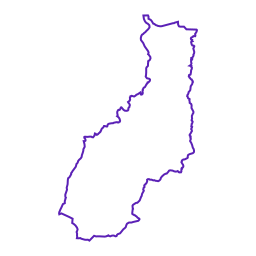 outline of Hueyapan, Puebla, Mexico
{"feature_id": "50627088B56291356806731", "entity_name": "Hueyapan", "entity_type": "district", "adm_level": 2, "iso_a3": "MEX", "parent_name": "Mexico", "parent_adm1": "Puebla", "projection": "robinson", "projection_center": [-97.395, 19.929], "detail": "fine", "context": "isolated", "style": "outline", "palette": "violet", "viewbox_px": 256, "rotation_deg": 0, "n_neighbors": 0, "source": "geoboundaries", "source_scale": "gbopen_adm2", "svg_char_len": 5820}
<svg xmlns="http://www.w3.org/2000/svg" viewBox="0 0 256 256"><path d="M143.4,15.5L143.9,18.9L144.6,20.5L145.1,21.5L146.3,22.9L147.8,23.7L149.3,25.2L149.5,26.5L149.5,27.4L148.2,29.2L146.2,31.1L145.3,32.2L144.2,32.9L143.2,34.0L142.1,34.6L141.4,35.7L140.9,37.5L140.8,38.8L141.0,40.1L143.2,43.0L144.7,46.4L148.1,51.2L148.6,52.6L148.1,54.2L148.5,54.4L150.3,56.9L150.5,58.3L149.9,59.8L149.0,60.7L148.4,60.8L148.1,61.6L148.2,62.7L148.0,63.3L148.0,65.2L147.8,66.1L146.5,67.4L146.2,68.4L146.2,72.5L146.0,75.3L145.7,76.3L145.8,76.7L146.5,77.7L147.0,78.3L149.3,78.8L150.0,79.5L149.9,80.7L149.1,81.8L147.9,82.3L147.8,82.7L147.5,82.6L147.1,83.6L146.6,84.0L146.5,84.5L146.1,84.9L145.3,86.5L144.8,87.2L143.7,87.7L142.9,89.3L142.9,89.8L142.7,89.8L142.5,91.3L142.8,93.0L142.4,94.1L141.7,94.6L140.9,94.5L140.7,94.1L140.7,93.1L140.4,92.4L137.6,94.3L136.4,94.7L135.6,95.6L134.1,96.5L131.6,95.8L130.6,96.2L130.7,96.6L129.9,97.3L130.0,97.8L129.9,99.3L130.1,99.5L129.8,100.6L128.0,102.0L128.3,102.6L129.2,103.6L129.8,104.8L129.8,105.4L129.4,106.5L129.4,107.0L128.4,108.1L128.3,109.9L127.8,110.5L126.8,110.8L124.9,110.7L123.6,109.9L121.4,107.3L121.1,107.3L120.7,107.8L120.2,109.1L119.6,109.9L118.6,109.8L118.2,110.0L117.3,111.6L117.2,113.0L117.7,115.4L117.6,115.7L117.1,116.2L118.7,117.4L119.6,118.9L120.1,120.8L119.9,121.6L119.4,121.7L118.8,122.4L118.3,122.5L117.8,122.5L117.3,122.2L116.4,122.2L114.0,122.7L113.4,122.9L113.1,123.2L111.2,123.3L109.1,123.7L108.3,124.0L107.7,124.7L107.3,126.3L107.1,126.5L106.5,126.5L104.6,126.0L104.0,126.0L103.3,127.4L102.0,128.5L101.4,129.4L101.0,130.8L100.3,131.6L100.3,132.0L98.3,133.7L98.2,134.0L97.2,134.7L96.5,134.8L95.8,133.8L94.9,133.5L94.5,135.5L93.1,137.3L92.1,137.2L91.4,136.7L90.0,136.6L87.4,136.9L84.9,136.7L84.3,137.0L84.3,137.8L85.2,138.9L85.5,139.9L85.5,140.6L84.9,141.1L83.7,141.1L84.5,144.3L84.7,146.8L83.4,149.2L83.3,150.8L82.7,152.9L81.9,155.1L81.6,157.0L80.7,158.4L79.2,159.7L78.1,161.1L77.7,162.6L77.2,163.3L76.5,163.9L75.8,166.7L72.4,171.3L71.9,172.3L71.4,172.7L71.1,173.5L71.2,174.1L70.3,175.9L69.9,176.3L69.7,176.9L69.2,177.5L68.4,177.9L68.0,178.8L67.8,180.4L67.6,184.3L66.7,187.7L67.0,189.7L65.3,194.6L65.3,196.2L65.5,197.1L65.9,197.7L65.4,198.6L65.4,199.1L64.8,201.0L64.8,203.2L62.9,204.1L61.4,207.5L60.3,209.7L59.7,211.3L59.3,212.0L59.1,213.4L59.3,214.3L61.4,213.4L68.8,216.8L72.6,218.7L72.2,223.0L73.8,224.0L75.6,225.6L76.2,226.6L76.9,227.4L77.6,229.3L77.1,231.0L76.6,232.0L77.1,233.7L77.0,235.5L77.2,236.8L76.9,238.2L78.2,238.3L80.5,238.1L81.2,238.7L84.8,239.7L86.0,239.8L87.9,239.7L89.4,240.6L94.1,235.8L96.0,236.4L99.2,236.3L104.6,236.6L106.1,236.4L106.6,236.1L107.6,235.9L108.1,235.4L108.4,235.3L109.1,236.0L110.4,236.3L111.7,235.7L113.2,235.5L114.2,235.7L115.4,236.3L116.5,236.1L117.0,234.9L117.7,234.2L120.1,233.3L123.3,229.3L124.7,228.2L125.7,227.2L126.3,225.2L126.9,223.9L127.3,223.5L129.1,222.5L131.6,222.5L133.1,222.0L138.3,220.8L139.2,219.8L139.5,219.1L139.2,218.6L137.6,217.7L136.4,216.3L135.8,216.1L135.0,215.3L134.1,215.1L133.8,214.7L132.5,214.2L132.4,213.9L132.2,213.3L132.7,209.3L132.8,208.9L133.0,208.8L132.9,208.3L132.7,208.1L132.5,205.8L132.9,205.0L133.5,204.5L135.8,203.0L136.5,202.8L137.3,202.8L138.0,202.2L138.6,201.5L139.2,201.0L139.8,200.2L141.1,196.8L141.6,196.1L142.1,193.8L143.7,191.0L143.8,190.5L143.2,189.7L143.6,187.9L144.5,187.1L144.5,186.6L144.2,185.9L144.3,185.4L144.8,184.6L145.5,184.4L145.8,183.7L146.6,182.9L147.2,181.2L147.1,179.7L148.0,179.1L148.9,179.1L149.4,179.3L149.9,179.7L151.6,179.7L153.3,180.4L154.2,180.2L156.0,180.9L157.0,180.9L158.1,181.2L158.8,180.9L160.0,179.9L160.5,179.2L160.8,178.0L161.9,176.5L164.1,174.5L165.7,173.7L166.7,173.6L168.3,171.8L169.0,170.7L170.1,170.3L172.6,170.6L174.1,171.3L175.5,171.6L177.3,171.4L177.7,171.1L178.7,171.8L178.8,172.2L179.4,172.4L181.0,172.3L181.4,171.4L181.3,170.0L181.8,169.2L181.5,169.1L181.5,168.4L182.1,167.7L182.8,167.4L183.2,166.9L183.4,166.1L183.0,164.7L182.4,163.9L181.4,162.1L181.9,161.4L181.9,160.5L183.3,159.5L184.7,159.4L187.5,158.0L187.8,157.3L187.7,156.2L188.2,154.9L189.7,154.1L192.8,153.2L193.8,152.3L194.0,151.7L194.0,150.5L193.6,148.9L192.8,147.7L192.1,145.0L191.1,142.6L190.2,141.3L190.1,140.9L190.8,139.0L190.7,138.1L190.3,137.8L190.4,137.2L190.7,136.8L190.5,136.1L189.8,135.8L189.6,135.0L189.9,134.4L191.1,132.6L191.3,131.9L191.8,131.4L191.9,131.0L191.8,130.1L191.2,129.2L191.3,128.6L191.8,127.9L192.1,126.9L191.3,126.5L191.3,126.2L191.7,124.9L191.6,124.1L192.0,123.7L192.6,122.0L192.6,121.5L191.7,120.6L191.9,120.3L191.7,119.8L192.1,118.5L191.9,117.3L191.9,115.7L192.5,114.6L192.6,114.1L193.4,112.9L193.4,111.6L191.5,108.0L191.6,105.3L191.2,104.0L189.7,102.9L189.6,101.1L189.3,100.3L189.6,99.4L189.5,98.9L188.3,98.4L187.9,97.8L187.6,96.4L187.2,96.2L187.4,95.0L187.8,94.6L188.4,93.4L188.6,92.1L189.8,90.8L190.3,89.9L190.7,86.3L192.2,84.0L192.5,82.8L192.5,82.1L192.9,81.9L192.6,80.9L192.3,80.6L191.7,79.5L191.3,79.5L190.6,78.8L190.0,78.1L189.9,77.8L189.5,77.6L189.3,77.0L188.8,76.5L189.0,75.1L189.6,74.8L190.4,74.7L190.6,74.3L191.0,72.0L191.1,70.3L191.8,68.8L191.9,67.6L191.3,67.0L191.5,66.1L189.7,65.7L190.9,64.9L191.5,63.3L191.1,62.1L191.1,59.9L191.9,59.8L192.2,59.2L191.2,58.8L191.4,58.3L191.3,58.0L192.2,57.7L193.2,56.3L193.5,55.6L193.4,54.6L194.0,53.6L194.2,52.7L194.2,51.6L193.3,48.5L194.1,46.9L194.3,46.2L193.7,45.6L192.4,45.5L191.7,44.5L191.1,42.1L191.6,41.4L192.5,41.2L191.8,40.2L192.0,39.8L191.3,39.6L191.1,39.4L190.9,38.8L190.9,38.3L191.2,37.6L192.9,36.8L193.0,36.4L193.5,36.1L195.2,36.2L195.4,35.5L195.1,34.0L196.4,32.0L196.9,30.6L196.9,30.0L196.5,29.6L186.4,29.3L184.0,26.7L180.5,26.7L179.1,26.4L178.7,25.9L178.1,24.4L178.0,21.8L174.7,22.7L173.9,23.2L173.0,23.2L161.7,26.2L160.1,26.3L157.5,25.8L156.9,25.4L155.8,25.1L154.3,23.9L153.3,23.7L151.6,20.9L150.6,19.8L148.5,18.8L148.5,16.5L148.0,15.4L143.4,15.5Z" fill="none" stroke="#5b21b6" stroke-width="2"/></svg>